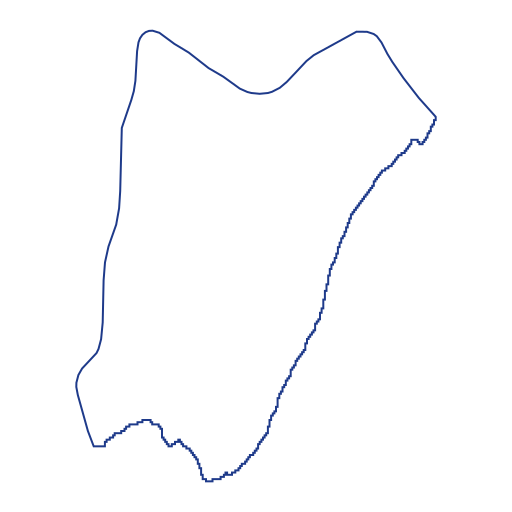 the district of Sabana Grande de Palenque, San Cristóbal, Dominican Republic
{"feature_id": "3306468B45575096497084", "entity_name": "Sabana Grande de Palenque", "entity_type": "district", "adm_level": 2, "iso_a3": "DOM", "parent_name": "Dominican Republic", "parent_adm1": "San Cristóbal", "projection": "equal_earth", "projection_center": [-70.148, 18.258], "detail": "fine", "context": "isolated", "style": "outline", "palette": "blue", "viewbox_px": 512, "rotation_deg": 0, "n_neighbors": 0, "source": "geoboundaries", "source_scale": "gbopen_adm2", "svg_char_len": 4511}
<svg xmlns="http://www.w3.org/2000/svg" viewBox="0 0 512 512"><path d="M95.1,446.3L104.9,446.3L104.9,441.9L106.6,441.9L106.6,439.7L109.8,439.7L109.8,437.5L113.1,437.5L113.1,435.3L114.7,435.3L114.7,433.2L121.2,433.2L121.2,431.0L124.5,431.0L124.5,429.9L124.5,428.8L126.1,428.8L126.1,426.6L129.4,426.6L129.4,424.4L137.5,424.4L137.5,422.2L142.4,422.2L142.4,420.0L150.6,420.0L150.6,422.2L152.2,422.2L152.2,424.4L158.7,424.4L158.7,426.6L160.4,426.6L160.4,428.8L162.0,428.8L162.0,437.5L163.6,437.5L163.6,439.7L165.2,439.7L165.2,441.9L166.8,441.9L166.8,444.1L168.5,444.1L168.5,446.3L171.8,446.3L171.8,444.1L175.0,444.1L175.0,441.9L178.3,441.9L178.3,439.7L179.9,439.7L179.9,441.9L181.5,441.9L181.5,444.1L183.1,444.1L183.1,446.3L186.4,446.3L186.4,448.5L189.7,448.5L189.7,450.7L191.3,450.7L191.3,452.8L192.9,452.8L192.9,453.8L192.9,455.0L194.5,455.0L194.5,457.2L196.2,457.2L196.2,459.4L197.8,459.4L197.8,463.8L199.4,463.8L199.4,468.2L201.1,468.2L201.1,474.8L202.7,474.8L202.7,479.1L206.0,479.1L206.0,481.3L212.5,481.3L212.5,479.1L220.6,479.1L220.6,476.9L223.9,476.9L223.9,474.8L225.5,474.8L225.5,472.5L227.1,472.5L227.1,474.8L232.0,474.8L232.0,472.5L235.3,472.5L235.3,470.4L238.5,470.4L238.5,468.2L240.2,468.2L240.2,466.0L241.8,466.0L241.8,463.8L245.1,463.8L245.1,461.6L246.7,461.6L246.7,459.4L248.3,459.4L248.3,457.2L249.9,457.2L249.9,455.0L253.2,455.0L253.2,452.8L254.8,452.8L254.8,450.7L256.5,450.7L256.5,448.5L258.1,448.5L258.1,444.1L259.7,444.1L259.7,441.9L261.4,441.9L261.4,439.7L263.0,439.7L263.0,437.5L264.6,437.5L264.6,435.3L266.2,435.3L266.2,433.2L267.9,433.2L267.9,426.6L269.5,426.6L269.5,420.0L271.1,420.0L271.1,415.6L272.8,415.6L272.8,413.4L274.4,413.4L274.4,411.3L276.0,411.3L276.0,406.9L277.6,406.9L277.6,398.1L279.3,398.1L279.3,393.8L280.9,393.8L280.9,391.5L282.5,391.5L282.5,387.2L284.2,387.2L284.2,385.0L285.8,385.0L285.8,380.6L287.4,380.6L287.4,378.4L289.1,378.4L289.1,376.2L290.7,376.2L290.7,369.7L292.3,369.7L292.3,367.5L293.9,367.5L293.9,365.3L295.6,365.3L295.6,360.9L297.2,360.9L297.2,358.7L298.8,358.7L298.8,356.5L300.5,356.5L300.5,354.3L302.1,354.3L302.1,352.2L303.7,352.2L303.7,350.0L305.3,350.0L305.3,343.4L307.0,343.4L307.0,339.0L308.6,339.0L308.6,336.8L310.2,336.8L310.2,334.6L311.9,334.6L311.9,332.4L313.5,332.4L313.5,330.3L315.1,330.3L315.1,323.7L316.8,323.7L316.8,321.5L318.4,321.5L318.4,319.3L320.0,319.3L320.0,312.8L321.6,312.8L321.6,308.4L323.3,308.4L323.3,299.6L324.9,299.6L324.9,290.9L326.5,290.9L326.5,284.3L328.2,284.3L328.2,275.5L329.8,275.5L329.8,272.7L329.8,269.0L331.4,269.0L331.4,264.6L333.0,264.6L333.0,262.4L334.7,262.4L334.7,258.0L336.3,258.0L336.3,253.6L337.9,253.6L337.9,247.1L339.6,247.1L339.6,242.7L341.2,242.7L341.2,238.3L342.8,238.3L342.8,236.1L344.5,236.1L344.5,231.8L346.1,231.8L346.1,227.4L347.7,227.4L347.7,223.0L349.3,223.0L349.3,218.6L350.9,218.6L350.9,214.3L352.6,214.3L352.6,212.1L354.2,212.1L354.2,209.9L355.9,209.9L355.9,207.7L357.5,207.7L357.5,205.5L359.1,205.5L359.1,203.3L360.7,203.3L360.7,201.1L362.4,201.1L362.4,198.9L364.0,198.9L364.0,196.7L365.6,196.7L365.6,194.6L367.3,194.6L367.3,192.4L368.9,192.4L368.9,190.2L370.5,190.2L370.5,188.0L372.2,188.0L372.2,185.8L373.8,185.8L373.8,181.4L375.4,181.4L375.4,179.2L377.0,179.2L377.0,177.1L378.6,177.1L378.6,174.9L380.3,174.9L380.3,172.7L381.9,172.7L381.9,170.5L385.2,170.5L385.2,168.3L388.4,168.3L388.4,166.1L391.7,166.1L391.7,163.9L393.3,163.9L393.3,161.7L395.0,161.7L395.0,159.5L396.6,159.5L396.6,157.3L398.2,157.3L398.2,155.2L401.5,155.2L401.5,153.0L404.7,153.0L404.7,150.8L406.3,150.8L406.3,148.6L408.0,148.6L408.0,146.4L409.6,146.4L409.6,144.2L411.3,144.2L411.3,139.8L417.0,139.8L417.7,139.8L417.7,142.0L419.4,142.0L419.4,144.2L422.6,144.2L422.6,142.0L424.3,142.0L424.3,139.8L425.9,139.8L425.9,137.6L427.5,137.6L427.5,133.3L429.2,133.3L429.2,131.1L430.8,131.1L430.8,126.7L432.4,126.7L432.4,124.5L434.0,124.5L434.0,120.1L435.7,120.1L435.7,117.7L435.7,116.8L418.8,97.9L403.5,78.1L392.3,61.9L387.4,53.9L381.5,42.5L376.8,36.2L373.7,34.0L367.0,31.8L356.5,31.7L313.7,55.2L306.5,61.0L286.9,81.8L279.8,87.8L272.0,91.8L268.0,93.0L259.7,93.8L251.4,93.0L247.4,92.0L239.8,88.6L223.3,76.7L208.6,68.1L188.8,52.6L174.4,43.9L159.4,32.8L152.6,30.7L149.0,30.9L145.6,32.2L142.4,34.8L140.0,38.3L138.5,42.3L137.1,51.1L135.4,80.9L133.8,91.2L131.3,100.0L121.8,127.9L120.2,191.1L119.1,208.3L116.2,224.6L108.5,246.5L105.0,262.4L103.6,280.3L102.7,322.5L101.1,339.2L98.5,349.0L96.5,353.1L82.1,368.5L78.4,375.0L76.4,382.7L76.3,386.9L77.8,394.9L87.9,431.0L93.7,446.3L95.1,446.3Z" fill="none" stroke="#1e3a8a" stroke-width="2"/></svg>